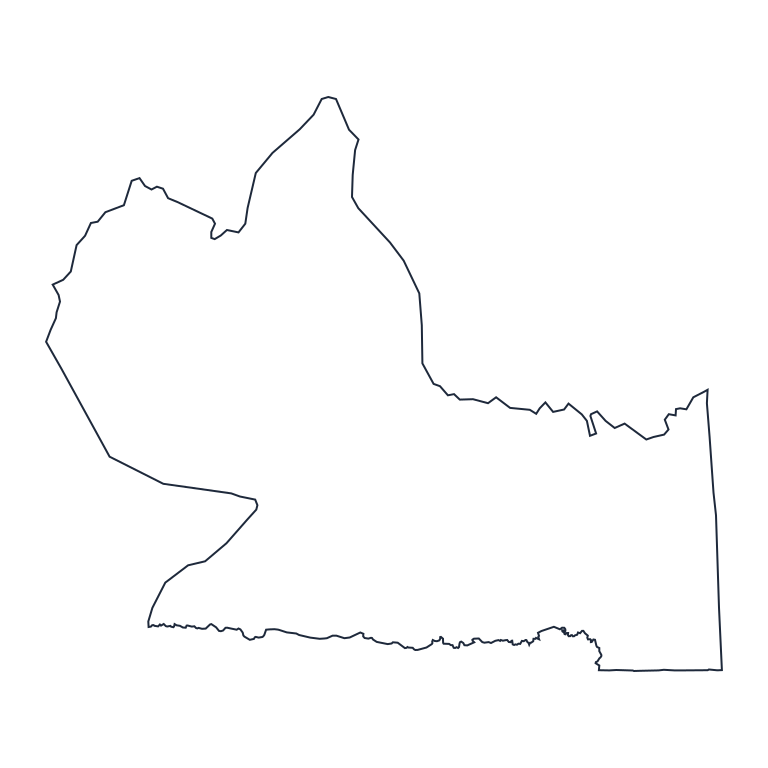 Dja-Et-Lobo, Sud, Cameroon
{"feature_id": "32672807B39721432011370", "entity_name": "Dja-Et-Lobo", "entity_type": "district", "adm_level": 2, "iso_a3": "CMR", "parent_name": "Cameroon", "parent_adm1": "Sud", "projection": "natural_earth1", "projection_center": [12.712, 2.919], "detail": "fine", "context": "isolated", "style": "outline", "palette": "slate", "viewbox_px": 768, "rotation_deg": 0, "n_neighbors": 0, "source": "geoboundaries", "source_scale": "gbopen_adm2", "svg_char_len": 4331}
<svg xmlns="http://www.w3.org/2000/svg" viewBox="0 0 768 768"><path d="M131.7,180.8L123.9,205.2L105.4,212.2L97.7,221.7L90.9,223.0L85.1,235.7L83.8,237.2L76.6,245.1L70.8,271.5L63.2,279.8L52.7,284.6L58.6,295.0L60.0,301.6L56.6,312.3L55.9,318.2L50.6,329.9L46.1,341.8L61.4,368.7L99.7,438.6L109.6,456.7L163.3,483.8L231.3,493.4L239.9,496.5L255.2,499.6L257.4,505.2L256.3,509.6L248.6,518.1L246.9,520.0L226.5,543.2L219.4,549.2L205.1,561.3L188.1,565.3L165.3,582.6L152.4,607.8L148.3,621.5L148.6,627.0L150.9,626.6L152.2,625.2L153.6,625.1L154.4,625.8L158.1,626.4L159.9,624.5L161.0,625.6L163.7,624.0L165.8,626.1L167.2,626.5L170.4,625.9L171.1,626.7L173.4,627.2L174.1,626.4L174.6,624.1L176.6,625.3L179.9,625.8L182.9,627.5L184.6,627.6L185.7,627.7L186.6,625.6L187.6,625.5L191.8,626.6L194.4,626.3L196.0,628.0L197.3,628.4L198.6,627.9L202.0,628.8L205.7,628.6L210.0,624.5L211.3,624.1L216.1,627.3L219.0,630.9L220.9,631.2L223.1,630.5L225.5,627.8L227.3,627.7L227.6,627.8L231.3,628.6L236.7,629.7L238.5,628.5L240.4,629.4L242.7,632.6L243.4,635.5L244.4,636.6L249.8,639.8L253.9,638.9L254.8,637.3L255.7,636.9L258.7,637.6L262.3,637.0L263.2,636.4L264.3,634.9L266.1,629.7L269.3,629.4L274.4,629.2L277.9,629.6L279.1,629.9L286.8,632.4L296.3,633.5L299.1,635.0L310.2,637.6L319.7,638.8L324.3,638.5L326.9,638.2L332.5,635.7L336.5,635.7L344.4,638.2L349.7,637.5L360.3,632.5L363.4,633.8L363.3,634.7L363.2,636.4L364.6,638.0L368.4,638.6L371.0,637.8L372.0,638.0L373.0,639.5L376.7,641.9L387.7,644.1L391.6,643.5L392.9,642.3L397.7,642.7L404.9,648.1L406.3,647.9L407.5,647.0L408.1,647.5L412.7,647.8L414.0,649.3L415.3,650.0L417.7,649.9L426.5,647.5L431.8,644.1L432.4,643.1L432.2,641.5L432.6,640.5L432.8,640.0L434.8,641.0L437.0,641.2L439.3,640.4L440.2,638.8L440.2,637.1L440.9,636.9L443.0,638.7L443.1,642.8L443.6,643.7L449.1,643.9L450.8,645.1L452.5,645.1L453.7,647.8L455.1,648.0L456.6,647.2L458.1,648.0L459.0,647.1L459.6,643.2L460.1,642.1L461.2,641.6L463.3,643.0L464.4,645.2L467.3,645.4L474.2,642.3L472.5,640.6L472.4,639.7L473.9,638.7L478.8,638.5L482.3,642.1L484.4,642.7L488.6,642.1L491.0,643.0L495.3,640.8L498.5,640.1L500.1,640.9L500.8,640.0L502.9,640.7L505.4,640.2L507.2,640.0L508.8,642.0L510.6,642.2L511.5,640.8L512.2,640.7L512.7,644.4L514.1,645.0L515.3,644.4L517.0,644.7L518.4,643.7L520.2,643.9L521.9,640.9L523.7,641.2L525.6,640.0L526.4,640.1L527.3,641.9L528.6,643.0L529.2,644.7L529.5,644.0L530.1,642.8L530.9,642.8L533.2,641.3L533.5,638.8L535.4,638.8L536.0,637.9L539.1,639.3L538.3,636.9L539.0,635.9L538.0,632.8L541.5,631.0L553.9,626.8L559.2,629.0L559.9,629.3L562.1,627.7L564.3,627.8L565.3,629.2L565.4,630.9L565.1,631.3L563.1,630.2L562.2,630.3L562.4,631.4L564.1,632.6L564.6,634.1L565.5,634.3L566.3,633.1L568.1,633.0L567.9,635.0L568.7,636.2L570.3,636.1L570.7,635.4L571.9,635.1L572.9,636.3L574.1,636.2L574.9,635.4L577.2,634.7L578.0,632.5L580.1,633.2L582.0,630.9L583.4,630.9L585.0,633.3L587.8,635.6L587.3,637.7L588.0,639.4L590.2,639.2L590.9,639.9L590.9,642.1L591.7,642.0L593.4,639.5L595.0,639.8L596.4,645.8L597.1,647.0L599.3,648.0L599.3,651.2L601.3,654.8L601.4,655.9L600.5,657.4L599.4,658.3L597.9,660.7L597.5,661.4L595.9,662.1L595.6,663.2L599.3,665.5L598.9,670.2L609.4,670.4L616.3,670.0L632.8,670.5L633.9,671.0L640.4,670.8L658.6,670.4L663.8,669.8L674.5,670.4L681.9,670.4L707.7,670.2L708.9,669.5L717.3,670.3L721.9,670.1L719.0,607.7L716.0,515.3L713.5,492.6L709.6,437.0L706.9,403.2L707.6,389.8L704.2,391.7L693.3,397.3L686.4,409.3L680.1,408.3L676.0,409.1L675.6,415.4L668.8,414.2L664.8,419.7L668.5,429.5L664.1,434.6L653.5,437.0L646.3,439.5L624.6,423.6L614.7,428.0L605.6,420.9L597.1,411.4L591.0,414.2L590.4,416.0L596.1,433.5L590.0,435.8L586.9,420.9L581.8,414.4L568.5,403.6L564.1,409.5L553.1,411.9L545.4,402.4L539.7,408.3L536.2,413.8L529.8,409.8L510.1,407.9L496.1,397.3L488.0,403.2L473.0,399.2L459.8,399.6L454.0,394.1L447.9,395.3L440.0,386.2L433.6,383.9L422.4,363.4L421.8,325.3L419.3,293.4L403.7,260.7L390.9,243.7L390.1,242.6L358.3,208.2L352.0,197.0L352.2,190.3L352.7,174.9L354.8,153.3L355.1,150.1L358.5,139.5L349.0,129.7L344.7,119.5L336.0,99.0L328.2,97.0L323.7,98.4L321.7,99.0L313.6,114.7L299.7,129.3L272.5,152.9L255.8,173.0L247.6,208.0L245.3,223.7L238.5,232.4L226.9,230.0L220.8,235.5L214.7,239.1L211.3,237.9L211.3,232.0L215.0,223.7L212.3,218.6L177.6,202.1L168.1,198.2L163.0,188.7L156.9,186.7L151.5,189.5L145.0,186.0L139.5,178.1L131.7,180.8Z" fill="none" stroke="#1e293b" stroke-width="2"/></svg>